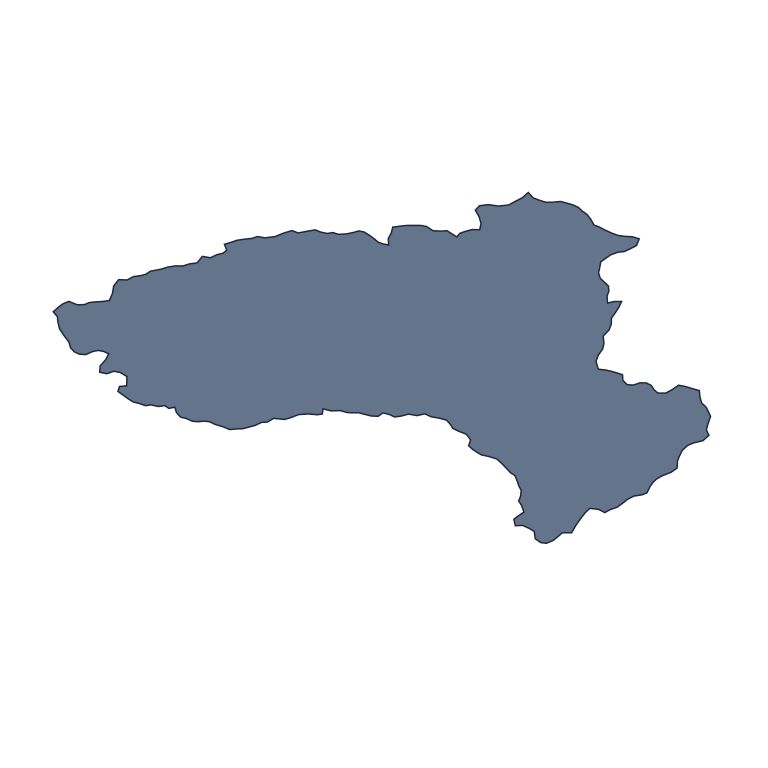 the district of São João Evangelista, Minas Gerais, Brazil, rotated 264°
{"feature_id": "56859067B41003336819861", "entity_name": "São João Evangelista", "entity_type": "district", "adm_level": 2, "iso_a3": "BRA", "parent_name": "Brazil", "parent_adm1": "Minas Gerais", "projection": "robinson", "projection_center": [-42.778, -18.496], "detail": "fine", "context": "isolated", "style": "filled", "palette": "slate", "viewbox_px": 768, "rotation_deg": 264, "n_neighbors": 0, "source": "geoboundaries", "source_scale": "gbopen_adm2", "svg_char_len": 3658}
<svg xmlns="http://www.w3.org/2000/svg" viewBox="0 0 768 768"><g transform="rotate(264 384 384)"><path d="M528.1,403.4L521.8,403.2L523.5,397.3L526.0,392.6L529.4,389.5L533.3,385.2L537.2,380.2L538.9,374.8L537.9,369.6L537.2,362.3L537.6,354.4L540.0,348.9L539.6,343.5L541.5,337.4L544.5,331.7L544.0,324.4L543.2,314.4L546.2,308.6L544.5,299.7L542.0,290.9L541.8,280.9L543.9,273.6L542.6,267.9L542.6,260.0L542.3,252.8L541.1,247.8L539.6,239.9L533.5,241.6L530.8,237.3L530.2,231.8L527.7,224.6L529.9,216.7L524.0,210.8L523.8,203.3L522.4,196.2L523.3,188.9L522.8,180.8L521.6,174.9L521.1,169.6L520.6,163.5L518.1,158.8L517.2,153.4L517.0,145.9L514.3,139.4L515.5,131.0L509.7,125.4L502.4,123.4L495.7,119.5L495.5,112.3L495.8,105.5L495.8,99.4L494.3,94.5L494.8,87.3L499.1,79.2L497.2,72.8L494.6,68.5L490.4,62.6L485.1,66.2L479.5,66.2L472.7,67.1L465.1,71.1L458.7,75.0L452.7,76.1L448.3,79.5L445.6,83.9L444.4,90.4L446.7,97.5L447.3,103.2L445.6,108.8L442.8,113.4L437.2,109.7L431.7,103.6L425.4,102.5L423.2,109.4L424.9,116.8L422.9,123.1L418.3,129.1L409.1,127.9L409.2,120.7L404.4,118.6L400.0,123.6L395.7,128.4L392.5,132.4L390.3,138.3L387.4,144.5L387.6,150.1L385.2,157.3L385.4,163.7L382.2,167.6L382.8,173.5L377.3,174.6L372.3,178.3L370.3,183.9L366.9,189.8L365.9,195.3L365.9,201.0L364.7,206.6L361.5,211.7L358.4,219.2L354.8,225.9L354.7,233.5L354.3,238.8L355.2,244.7L356.2,251.2L358.6,258.1L358.4,264.3L361.3,270.5L360.3,276.1L359.1,281.3L360.3,287.8L362.5,295.9L362.1,305.8L360.4,314.2L360.6,319.5L365.7,320.8L362.8,328.4L362.1,337.6L359.4,344.6L358.6,350.0L358.1,355.6L356.0,361.2L353.5,368.0L352.5,374.8L355.4,380.0L353.1,386.1L350.1,391.2L350.3,397.6L351.5,405.2L349.1,413.6L350.1,421.4L346.5,427.5L344.5,434.5L341.6,442.4L336.9,445.8L332.6,447.9L329.2,453.3L325.5,460.6L319.4,464.3L313.8,461.7L309.7,465.3L306.5,469.2L303.3,473.5L300.9,480.8L297.7,488.3L292.9,492.6L286.5,497.6L282.4,500.6L279.4,504.6L273.6,506.3L268.5,507.4L264.0,509.3L258.3,508.2L253.6,505.7L249.1,508.0L242.0,509.8L238.8,503.7L235.9,499.0L229.3,499.8L228.9,507.1L225.4,513.0L221.7,518.0L214.2,518.3L209.9,523.3L208.6,528.9L210.8,536.0L214.0,541.0L217.4,545.7L216.4,555.0L223.3,560.0L229.5,565.4L234.9,570.6L238.8,575.7L236.9,584.3L233.0,590.2L235.4,595.6L237.1,603.1L241.0,609.7L243.8,614.0L246.4,620.6L246.8,628.9L248.3,634.2L253.9,637.6L258.1,641.3L261.0,645.1L263.7,651.2L266.2,660.3L269.8,666.7L276.6,667.8L281.0,670.0L286.8,673.7L291.2,679.6L293.1,686.0L294.3,695.3L299.0,701.8L304.6,699.8L310.4,702.0L317.7,705.4L327.2,702.0L332.1,697.8L338.2,696.9L344.5,696.9L347.2,690.0L350.1,683.2L352.0,676.8L348.4,670.3L345.5,663.3L346.4,655.3L350.1,651.9L354.7,649.6L357.7,644.9L358.4,638.7L356.9,632.0L357.9,625.8L362.6,621.9L368.3,622.2L370.8,616.5L372.8,611.5L374.5,606.7L376.4,598.6L384.5,597.2L390.5,600.3L395.9,605.1L401.5,607.0L408.8,607.0L414.2,613.5L419.8,616.3L425.7,617.1L431.2,621.9L436.1,625.8L441.2,628.9L442.0,621.9L441.2,614.7L448.2,615.1L452.9,617.4L458.0,617.4L462.6,613.5L466.5,610.1L472.1,609.0L477.0,610.6L482.9,612.4L486.0,617.9L488.8,623.1L490.6,630.3L490.6,636.7L492.5,642.4L495.3,649.6L501.7,653.0L504.5,646.3L505.7,638.7L507.4,632.0L510.1,626.5L514.0,619.9L517.7,614.3L520.1,609.5L525.9,607.0L531.3,603.7L535.2,599.3L539.3,595.8L542.3,590.8L544.7,584.9L547.1,578.6L547.1,571.5L547.9,563.6L550.5,557.8L553.5,551.8L559.4,547.5L554.7,540.9L552.0,533.9L549.0,526.7L549.0,516.4L551.5,506.5L551.3,497.6L547.3,493.0L540.6,496.0L533.5,497.3L527.4,495.3L528.4,487.8L527.2,480.5L526.0,475.4L522.7,471.7L526.6,466.8L529.9,462.6L530.0,457.2L531.3,448.8L536.2,442.7L537.9,437.0L538.6,430.0L539.3,423.6L539.3,417.2L539.1,409.1L533.6,407.1L528.1,403.4Z" fill="#64748b" stroke="#1e293b" stroke-width="1.5"/></g></svg>